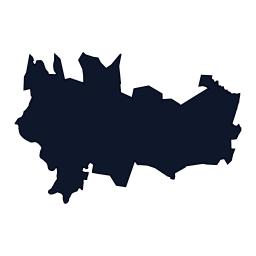 Tlapehuala, Guerrero, Mexico (Natural Earth projection)
{"feature_id": "50627088B3724997365997", "entity_name": "Tlapehuala", "entity_type": "district", "adm_level": 2, "iso_a3": "MEX", "parent_name": "Mexico", "parent_adm1": "Guerrero", "projection": "natural_earth1", "projection_center": [-100.475, 18.277], "detail": "fine", "context": "isolated", "style": "filled", "palette": "ink", "viewbox_px": 256, "rotation_deg": 0, "n_neighbors": 0, "source": "geoboundaries", "source_scale": "gbopen_adm2", "svg_char_len": 5271}
<svg xmlns="http://www.w3.org/2000/svg" viewBox="0 0 256 256"><path d="M227.7,163.7L231.1,160.3L232.5,154.0L234.4,149.3L230.8,149.2L230.7,147.6L230.5,140.7L230.4,139.0L234.9,138.8L235.5,138.7L236.4,138.2L236.9,137.0L237.0,136.9L237.2,136.6L237.5,135.6L238.7,133.5L238.8,133.3L240.3,130.9L240.6,130.2L240.6,128.0L239.8,127.4L238.7,124.8L237.2,126.3L237.0,126.6L235.3,126.3L235.1,126.2L234.3,126.0L234.0,125.7L233.5,125.3L233.2,125.0L231.6,123.8L231.8,123.5L232.3,121.8L232.8,120.1L233.0,119.4L233.4,118.3L235.0,113.3L235.1,112.8L235.9,110.3L236.7,108.2L236.9,106.7L237.1,105.9L237.4,105.1L237.8,103.5L238.0,103.1L238.5,101.9L238.4,101.6L238.5,101.1L239.0,97.8L239.5,94.9L239.5,93.8L236.7,94.5L235.0,94.2L234.8,93.8L232.0,94.3L231.8,94.0L230.7,94.0L229.9,92.5L228.7,92.3L227.8,92.5L227.8,91.6L227.3,91.5L226.9,90.4L226.6,90.5L226.1,90.6L224.3,90.1L223.4,88.4L223.1,87.0L220.9,87.3L220.3,86.1L218.3,86.3L217.9,84.8L217.6,80.8L217.4,81.6L217.3,81.3L217.1,81.2L216.3,81.6L215.7,82.5L214.9,82.8L214.2,82.6L214.1,82.3L213.5,81.0L212.9,80.0L212.1,79.6L211.3,79.1L211.1,78.6L211.2,77.5L211.5,76.0L201.6,75.5L199.2,85.9L202.4,85.4L204.3,85.7L206.7,86.6L208.8,88.4L197.0,95.6L180.6,105.8L180.0,105.2L179.3,104.4L171.2,99.3L163.3,99.8L161.9,99.9L161.8,94.0L148.6,86.2L134.2,89.0L132.3,98.1L120.4,92.7L119.6,83.8L120.3,83.5L119.4,74.6L119.4,73.8L119.2,72.9L118.5,66.0L120.8,54.0L111.7,65.0L106.0,68.8L100.6,63.2L100.2,62.8L97.9,58.2L93.5,57.6L85.5,55.1L83.2,53.0L78.9,60.1L80.5,63.5L83.0,68.9L83.9,75.5L84.0,83.4L69.8,78.6L64.4,80.0L59.8,59.2L57.0,56.5L56.6,56.1L54.9,54.5L54.8,60.7L54.0,63.7L53.9,66.4L54.3,69.4L54.4,69.6L54.6,70.2L54.9,70.9L55.1,71.3L56.9,73.5L56.2,74.9L48.5,74.7L47.6,72.3L46.3,70.8L45.2,69.5L43.6,65.1L43.3,63.8L42.2,61.9L40.9,60.8L37.0,61.0L36.0,64.1L33.7,65.0L32.0,60.9L33.2,60.3L32.4,57.6L30.0,55.2L26.8,72.7L25.4,75.4L24.6,77.0L24.6,78.9L24.2,89.7L30.7,88.2L31.2,92.3L31.4,95.4L32.7,97.0L29.7,103.6L29.5,104.9L29.0,107.5L28.5,107.0L26.5,109.9L25.3,111.0L24.4,111.5L24.2,112.1L23.7,114.6L22.4,116.5L22.2,117.3L18.4,118.9L15.9,122.7L15.4,123.5L15.4,124.1L15.7,123.5L15.9,123.4L16.6,123.6L17.5,123.9L18.0,124.2L18.5,124.5L18.7,124.9L19.0,125.6L19.2,126.3L19.3,126.8L19.2,127.4L19.2,128.0L19.1,128.6L19.4,129.4L19.6,130.5L19.7,131.6L20.0,132.5L20.2,133.3L20.7,134.4L21.6,135.4L22.9,136.9L23.9,137.7L25.3,138.8L26.7,139.7L27.7,140.1L28.8,140.7L29.4,141.0L29.9,141.2L30.8,141.7L31.8,141.8L32.1,141.8L32.8,141.7L33.6,141.5L34.4,141.4L35.0,141.4L35.6,141.4L36.4,141.7L37.1,142.1L38.0,142.6L38.7,143.1L39.3,143.7L39.8,144.2L40.5,145.0L41.1,145.6L41.3,146.0L41.5,146.3L41.8,147.0L42.1,147.5L42.2,148.0L42.1,148.5L41.9,149.0L41.5,149.8L40.9,151.1L40.5,153.1L40.3,154.5L40.2,155.3L40.2,156.0L40.4,156.6L40.7,157.2L41.2,157.8L41.7,158.2L41.8,158.3L43.0,159.0L44.0,159.8L45.3,161.1L46.3,161.9L46.9,162.5L47.3,163.1L47.7,164.1L48.0,164.9L48.4,166.5L48.7,168.3L49.1,169.1L49.4,169.3L50.5,170.0L51.4,170.3L51.9,170.3L52.5,170.3L53.6,169.9L54.3,169.2L54.8,168.4L55.2,167.9L55.6,167.6L56.0,167.4L56.6,167.3L57.1,167.6L57.3,168.1L57.4,168.4L57.4,168.8L57.6,169.6L57.7,170.4L57.7,171.2L57.8,171.7L57.8,172.2L57.7,172.8L57.7,173.7L57.4,175.0L57.3,176.4L57.8,178.9L55.1,182.9L54.1,185.0L51.6,189.1L50.1,190.0L49.4,190.5L49.0,190.9L48.8,191.5L48.7,191.9L48.7,192.2L48.9,192.6L49.4,193.1L49.9,193.5L50.4,193.8L51.2,193.8L52.1,193.7L52.9,193.5L53.8,193.2L54.7,192.8L55.5,192.6L56.6,191.8L57.7,191.7L61.0,192.8L62.9,194.0L62.8,194.6L63.4,194.8L63.5,195.3L63.6,195.7L63.6,196.8L63.4,197.9L63.5,198.9L63.6,199.8L63.9,200.8L64.1,201.5L64.3,202.1L64.6,202.7L64.9,202.9L65.2,203.0L65.6,203.0L66.0,202.9L66.6,202.7L66.9,202.4L67.4,201.9L67.8,201.2L68.3,200.4L68.3,199.9L68.3,199.7L68.5,198.6L69.0,197.5L70.2,195.4L70.7,194.2L71.4,193.2L71.8,192.8L72.2,192.5L73.1,192.1L73.7,191.8L74.1,191.6L74.3,191.5L75.0,191.2L75.5,191.1L76.0,191.0L76.5,190.8L76.9,190.6L77.4,189.7L77.5,189.2L77.7,188.5L78.2,188.1L78.9,187.8L79.2,187.6L79.6,187.5L79.8,187.5L80.3,187.6L80.8,187.9L81.2,188.2L81.2,188.6L81.3,188.7L81.4,188.9L81.6,189.2L81.8,189.4L82.0,189.5L82.1,189.4L82.2,189.1L82.3,188.8L82.3,188.3L82.5,187.5L82.4,186.8L82.4,186.7L82.3,185.9L82.5,185.8L82.7,184.9L82.5,184.4L82.7,184.2L82.7,183.7L82.8,183.3L83.0,183.0L83.0,182.8L82.9,182.2L82.7,181.9L82.7,181.0L82.7,180.5L83.0,180.3L83.1,179.7L83.4,179.3L83.6,178.8L85.3,179.2L85.9,179.3L86.4,179.3L86.7,178.9L86.6,178.1L86.7,177.3L86.8,177.0L86.9,176.7L87.1,176.3L87.3,175.6L87.5,175.3L87.7,174.4L87.9,173.5L88.1,172.9L87.8,172.7L87.7,172.7L86.5,172.6L85.2,172.7L84.6,172.6L83.4,172.2L81.4,171.3L82.3,169.0L82.7,167.2L83.5,167.2L84.1,167.2L84.8,167.2L85.4,167.7L85.8,168.0L85.9,168.4L87.2,168.3L87.6,167.6L87.5,167.4L87.4,165.6L87.7,164.9L87.9,164.4L88.2,164.1L89.3,162.7L90.2,162.2L90.9,162.3L91.3,162.5L92.2,163.2L92.3,163.3L94.0,164.5L94.0,164.4L92.7,171.2L92.7,172.2L97.7,173.1L97.8,173.1L110.2,175.0L116.5,185.0L125.5,186.4L133.8,162.5L134.6,160.3L136.7,162.9L137.1,163.8L137.6,164.2L138.0,164.4L138.6,164.5L138.9,164.4L139.3,164.3L147.6,164.9L155.4,167.5L167.8,175.8L171.3,176.9L171.0,178.3L173.2,178.9L173.6,178.9L173.9,178.9L174.5,176.7L174.2,173.0L184.7,167.1L186.1,165.6L202.8,163.1L206.7,163.8L216.6,164.3L218.6,161.5L220.0,159.0L221.0,159.0L224.4,158.3L224.5,158.4L227.7,163.7Z" fill="#0f172a" stroke="#020617" stroke-width="1.5"/></svg>